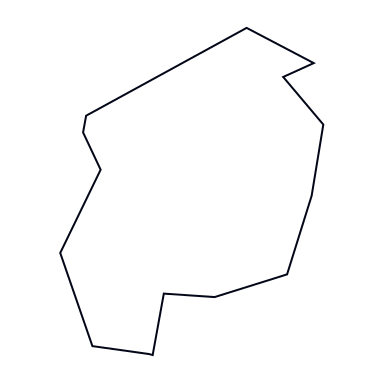 Fredericksburg, Virginia, United States of America, rotated 266°
{"feature_id": "52423323B55756815925715", "entity_name": "Fredericksburg", "entity_type": "district", "adm_level": 2, "iso_a3": "USA", "parent_name": "United States of America", "parent_adm1": "Virginia", "projection": "albers", "projection_center": [-77.495, 38.298], "detail": "fine", "context": "isolated", "style": "outline", "palette": "ink", "viewbox_px": 384, "rotation_deg": 266, "n_neighbors": 0, "source": "geoboundaries", "source_scale": "gbopen_adm2", "svg_char_len": 348}
<svg xmlns="http://www.w3.org/2000/svg" viewBox="0 0 384 384"><g transform="rotate(266 192 192)"><path d="M33.3,138.0L32.1,141.4L92.6,156.8L85.6,207.2L103.2,281.1L179.9,311.1L250.1,327.7L300.4,291.0L312.1,322.4L351.9,257.9L275.5,91.7L259.0,87.5L220.6,102.4L140.4,56.3L45.2,81.9L33.3,138.0Z" fill="none" stroke="#020617" stroke-width="2"/></g></svg>